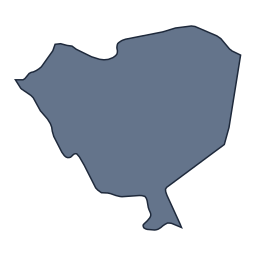 map outline of Cordillera (Robinson projection)
{"feature_id": "PRY-604", "entity_name": "Cordillera", "entity_type": "Department", "adm_level": 1, "iso_a3": "PRY", "parent_name": "Paraguay", "parent_adm1": "", "projection": "robinson", "projection_center": [-57.018, -25.289], "detail": "fine", "context": "isolated", "style": "filled", "palette": "slate", "viewbox_px": 256, "rotation_deg": 0, "n_neighbors": 0, "source": "natural_earth", "source_scale": "10m", "svg_char_len": 1409}
<svg xmlns="http://www.w3.org/2000/svg" viewBox="0 0 256 256"><path d="M240.6,55.1L229.0,127.5L224.3,144.5L166.7,187.3L165.5,189.1L165.7,191.7L166.9,195.2L180.4,224.7L180.6,225.4L181.5,227.5L171.7,223.4L169.9,223.1L167.5,223.0L164.9,224.4L162.7,225.9L161.0,227.4L159.5,228.4L157.9,229.3L156.1,229.8L154.5,230.0L147.3,229.4L145.4,228.8L143.7,227.7L143.1,225.9L143.2,224.9L144.1,223.8L147.0,221.1L149.8,217.8L150.5,216.4L150.8,215.1L150.7,213.9L150.4,212.8L149.0,209.6L148.3,207.5L147.1,200.6L146.3,198.3L144.9,196.4L141.9,195.6L139.4,195.5L122.0,196.7L120.0,196.5L115.9,195.5L110.5,193.6L107.7,193.0L101.4,192.7L97.8,190.1L95.7,187.9L84.2,165.2L79.4,156.9L76.7,153.8L75.3,153.7L74.2,154.0L73.0,154.9L71.4,156.5L70.5,157.2L69.0,157.6L67.4,157.6L65.8,156.9L64.3,155.6L61.9,152.3L53.8,136.5L52.3,131.3L51.7,127.2L50.4,123.7L47.5,119.0L40.4,110.8L33.2,97.7L30.9,95.4L21.5,89.0L20.7,88.2L15.4,79.8L23.0,79.8L24.8,78.7L29.1,73.5L31.1,72.4L33.4,71.9L36.2,70.6L39.0,68.8L41.4,66.8L52.8,50.8L55.1,44.3L60.6,43.7L67.0,45.4L72.0,46.1L76.3,49.3L91.6,56.8L99.6,59.3L104.0,59.8L108.3,59.4L113.0,57.6L115.6,55.7L116.9,54.1L117.3,52.7L117.4,51.5L117.4,50.5L117.0,48.7L116.9,47.7L117.0,46.3L117.3,44.7L117.7,43.7L118.5,42.8L120.6,41.3L122.4,40.3L125.6,39.2L162.7,31.9L175.5,28.0L191.3,26.0L195.0,26.5L216.9,35.9L220.9,38.7L229.6,49.1L230.8,49.9L231.9,50.9L240.6,55.1Z" fill="#64748b" stroke="#1e293b" stroke-width="1.5"/></svg>